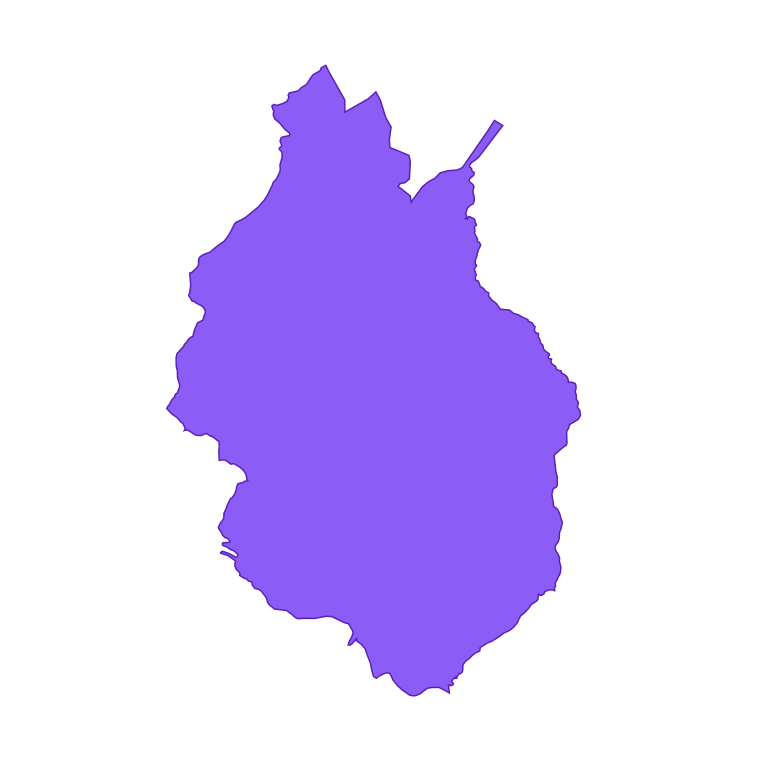 outline of Ilovita, Mehedinti, Romania, rotated 193°
{"feature_id": "2599482B41781803047638", "entity_name": "Ilovita", "entity_type": "district", "adm_level": 2, "iso_a3": "ROU", "parent_name": "Romania", "parent_adm1": "Mehedinti", "projection": "mercator", "projection_center": [22.488, 44.769], "detail": "fine", "context": "isolated", "style": "filled", "palette": "violet", "viewbox_px": 768, "rotation_deg": 193, "n_neighbors": 0, "source": "geoboundaries", "source_scale": "gbopen_adm2", "svg_char_len": 6156}
<svg xmlns="http://www.w3.org/2000/svg" viewBox="0 0 768 768"><g transform="rotate(193 384 384)"><path d="M326.4,662.5L335.7,665.7L339.9,653.7L356.3,612.5L360.8,609.0L369.5,606.2L376.7,602.4L380.7,595.9L386.1,591.1L391.0,584.8L398.5,567.4L400.7,573.2L414.7,579.7L413.3,582.9L408.8,584.9L405.4,589.6L408.4,606.7L411.2,612.4L431.5,615.8L433.8,623.4L434.9,636.0L442.2,644.0L451.6,660.0L457.6,666.8L463.6,658.2L483.3,640.1L486.1,651.9L508.6,676.6L512.4,681.4L516.4,677.9L516.3,675.9L517.8,673.8L522.4,669.7L523.9,666.9L526.9,658.4L531.3,654.2L533.0,651.1L534.2,650.0L541.8,646.2L542.3,644.2L542.1,643.2L541.1,642.3L541.6,639.5L542.5,637.2L545.2,634.8L551.0,631.4L554.2,631.6L555.7,629.8L555.6,629.1L553.4,625.7L552.4,625.0L552.2,624.4L552.8,623.2L552.1,620.5L549.9,617.6L544.2,614.7L536.9,609.2L532.1,607.0L531.9,605.2L532.6,604.5L537.6,602.3L539.6,600.9L539.9,597.1L538.1,594.8L537.2,592.4L539.0,590.7L538.9,589.4L537.9,588.4L536.1,587.5L534.9,585.2L534.3,581.1L534.7,574.3L533.4,570.1L533.2,567.1L535.1,559.2L537.3,555.6L537.5,552.9L540.0,541.8L542.1,536.1L546.4,528.1L556.4,515.1L560.2,511.6L564.5,508.4L565.5,506.6L568.6,494.5L571.7,487.4L577.3,481.1L583.5,473.1L589.4,469.2L591.9,466.4L592.4,465.7L592.6,463.0L591.5,458.3L592.6,455.0L596.3,449.6L598.2,448.3L594.6,436.8L593.8,428.9L594.3,427.0L593.9,425.9L591.6,423.9L589.9,421.8L587.3,421.7L586.2,420.9L578.9,419.0L577.0,417.7L574.8,415.5L574.0,412.3L574.7,410.6L574.8,406.7L575.1,405.3L579.5,401.5L580.8,394.4L581.0,389.8L580.8,387.6L582.9,385.9L584.5,383.8L585.8,380.3L587.5,377.4L587.6,375.7L592.2,367.7L592.5,366.4L592.5,362.9L590.5,354.9L588.2,350.1L586.7,343.9L582.8,337.0L582.6,334.9L583.3,328.8L584.3,328.0L585.1,326.3L585.3,324.1L587.2,320.7L588.8,315.0L589.7,313.5L590.2,311.2L584.2,307.2L577.6,304.5L573.9,301.5L571.2,300.4L568.9,297.7L567.8,295.7L567.7,295.0L568.2,293.7L566.5,294.6L564.4,294.8L555.9,291.8L551.0,292.5L545.9,295.9L541.1,294.1L539.0,294.3L538.5,293.6L536.6,293.1L533.4,291.3L531.8,291.0L530.2,284.6L530.0,282.1L527.4,272.6L523.4,274.0L522.1,274.0L519.5,273.6L516.1,271.7L514.5,271.6L513.4,272.4L511.6,272.4L506.1,270.7L503.6,269.4L501.1,267.9L497.9,264.6L496.2,260.2L495.0,259.4L495.5,258.7L498.1,257.9L499.3,256.2L502.4,254.9L504.1,253.6L504.1,251.8L504.5,250.7L504.1,247.1L505.0,242.6L506.4,239.0L507.8,237.7L509.5,230.4L509.6,228.0L510.9,221.9L510.2,219.4L510.1,216.3L510.8,214.3L511.9,212.5L513.2,207.3L512.5,205.9L508.6,202.5L508.0,201.1L506.8,200.0L504.5,198.6L501.8,198.4L498.7,196.2L498.9,195.0L499.3,194.8L505.2,193.1L505.6,192.2L505.2,190.9L504.1,190.3L500.1,189.7L496.2,188.1L492.9,187.7L489.4,186.0L488.3,185.0L487.9,183.4L488.5,182.1L489.5,181.9L496.3,183.9L503.5,184.7L504.9,183.6L505.4,183.0L505.1,182.4L497.5,181.7L489.7,178.6L488.7,177.6L488.9,175.6L488.2,172.7L486.1,170.0L481.9,167.4L481.5,165.0L476.5,163.3L474.0,163.1L471.9,161.5L468.2,161.2L467.1,158.5L464.0,155.8L459.8,155.7L457.5,155.0L450.8,149.5L448.0,144.8L446.9,143.7L445.1,142.5L440.0,140.1L428.1,141.4L422.1,138.8L418.3,136.7L415.3,135.9L410.1,137.5L398.7,140.0L387.5,144.9L382.4,145.6L369.2,142.6L364.5,142.3L358.9,136.2L358.1,134.7L358.6,130.0L359.8,126.0L360.3,121.8L358.5,121.8L356.9,123.4L353.2,130.4L353.4,127.7L348.2,125.6L342.9,121.9L339.3,116.0L334.5,109.2L331.7,102.6L328.3,96.6L325.2,95.6L323.6,97.8L320.1,100.8L316.8,103.1L313.5,103.4L311.0,100.8L308.8,97.7L302.7,93.0L297.8,90.2L289.0,86.6L284.9,86.8L282.1,88.1L278.7,90.7L276.0,94.3L272.8,97.6L268.9,99.1L262.4,100.7L255.0,99.0L250.8,97.6L253.5,105.3L250.1,105.3L249.4,106.3L248.9,107.1L249.2,108.0L251.3,109.3L249.8,112.8L246.9,113.6L247.0,114.8L247.8,114.7L246.6,116.0L245.6,119.0L244.5,118.8L242.9,121.0L243.1,124.5L243.8,126.6L243.6,128.8L242.6,131.3L241.0,133.8L239.1,135.7L237.4,138.7L234.3,142.7L230.7,145.3L230.9,149.0L225.3,154.6L220.8,157.9L214.9,163.8L211.5,168.1L206.6,171.8L203.5,175.4L200.3,181.5L200.0,183.9L198.6,189.2L196.5,191.5L193.3,196.6L190.9,202.2L186.4,207.0L185.6,208.6L186.1,213.7L184.0,213.2L182.7,213.7L180.9,215.6L180.4,218.3L178.6,219.2L177.1,220.6L173.4,221.2L171.2,221.0L172.0,223.4L171.4,225.6L172.4,228.6L171.1,233.1L170.9,235.4L170.0,237.3L169.8,241.0L170.6,245.8L173.2,250.5L173.8,254.1L176.5,257.9L178.5,259.5L180.2,262.2L180.7,263.5L180.6,264.8L178.9,269.2L178.6,271.5L178.6,273.2L179.6,279.0L179.0,282.5L179.0,289.1L181.8,293.5L182.5,295.3L185.3,299.3L187.6,301.6L191.3,302.8L192.2,306.4L193.4,308.6L195.6,314.3L195.6,319.9L192.8,322.5L192.4,324.4L194.4,332.9L196.5,336.4L202.0,352.1L201.7,353.8L195.3,362.6L192.5,365.6L192.5,367.9L195.1,377.5L195.2,379.8L194.2,382.2L194.2,386.0L186.9,393.1L185.8,396.4L185.6,398.2L187.6,402.7L190.3,404.7L190.4,409.1L191.4,410.8L193.2,412.4L194.0,416.1L196.1,419.8L195.8,422.3L196.6,425.7L197.9,427.5L201.1,428.0L204.8,427.4L205.0,428.4L206.1,430.6L207.7,432.5L210.0,433.6L213.2,434.5L214.0,436.0L214.8,436.8L215.9,436.5L219.1,436.9L220.9,439.9L224.0,440.9L225.9,442.3L226.6,444.9L226.3,445.9L227.1,446.2L229.0,445.7L230.3,447.3L229.4,449.2L229.4,449.9L229.9,450.7L234.3,452.4L236.5,454.2L238.0,457.6L240.6,459.1L242.3,462.6L244.0,464.4L245.0,468.0L247.9,468.1L249.0,469.4L249.7,471.4L249.7,473.7L252.1,475.5L253.3,476.9L257.4,477.6L258.3,479.1L265.4,480.5L268.5,481.7L273.4,481.8L278.4,484.3L287.0,483.1L288.5,483.9L292.7,487.7L297.3,489.8L301.8,493.1L302.5,496.3L305.5,497.1L308.5,499.5L310.4,500.2L311.7,500.2L315.2,505.4L317.6,505.7L318.9,507.5L319.1,508.8L318.6,510.3L318.9,511.5L321.7,516.0L321.7,517.0L320.5,519.9L320.7,520.7L321.9,521.2L322.7,524.3L322.8,526.0L322.2,530.3L322.7,532.4L322.1,533.7L322.4,535.1L321.0,541.1L322.9,543.4L325.3,544.1L325.5,546.4L329.9,551.5L329.7,553.3L330.0,554.5L331.2,556.7L330.6,558.8L329.7,559.4L329.9,560.3L331.5,562.0L332.7,564.9L338.4,566.4L339.3,565.9L340.0,563.3L341.8,563.4L340.9,564.6L341.2,566.3L342.7,568.5L342.4,573.7L340.7,576.8L339.4,578.3L337.9,579.3L337.4,580.9L337.4,583.4L338.7,587.8L340.4,590.4L340.9,593.8L340.7,596.2L341.4,597.6L342.5,598.5L345.9,600.2L346.9,601.4L346.6,603.4L343.6,607.5L343.5,610.0L344.0,610.5L345.9,611.0L347.3,613.8L349.1,614.6L349.7,615.3L349.8,616.2L348.8,619.2L345.7,622.4L343.2,625.8L341.7,628.7L326.4,662.5Z" fill="#8b5cf6" stroke="#5b21b6" stroke-width="1.5"/></g></svg>